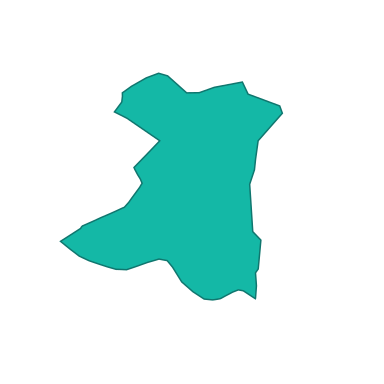 Um Dukhun, Central Darfur, Sudan (Albers equal-area conic projection), rotated 40°
{"feature_id": "16777658B96624341658613", "entity_name": "Um Dukhun", "entity_type": "district", "adm_level": 2, "iso_a3": "SDN", "parent_name": "Sudan", "parent_adm1": "Central Darfur", "projection": "albers", "projection_center": [23.084, 11.374], "detail": "fine", "context": "isolated", "style": "filled", "palette": "teal", "viewbox_px": 384, "rotation_deg": 40, "n_neighbors": 0, "source": "geoboundaries", "source_scale": "gbopen_adm2", "svg_char_len": 1340}
<svg xmlns="http://www.w3.org/2000/svg" viewBox="0 0 384 384"><g transform="rotate(40 192 192)"><path d="M74.9,160.8L77.2,163.4L80.3,168.1L80.4,168.6L81.1,180.5L88.3,178.8L94.8,177.3L134.2,173.5L134.4,173.5L132.9,196.1L132.8,197.0L131.8,210.5L133.8,211.5L139.3,213.7L143.9,215.2L148.2,217.4L148.4,219.2L148.9,221.9L149.8,235.7L150.2,240.5L150.0,247.2L149.0,249.1L146.1,255.3L143.3,261.1L138.7,270.2L134.7,278.7L129.9,288.4L129.8,289.9L130.1,291.6L129.9,292.1L123.0,314.3L123.5,314.3L124.3,314.3L130.3,314.2L136.0,314.1L137.7,314.0L146.9,313.6L157.3,310.8L161.5,309.2L168.4,306.5L170.1,305.8L175.1,303.8L183.4,300.1L186.7,297.5L191.8,293.6L195.3,287.9L198.3,282.9L200.2,279.6L201.2,277.9L203.5,274.0L204.3,272.9L205.3,271.4L207.7,267.8L209.8,264.6L217.1,260.5L225.5,262.1L242.0,267.5L248.0,267.6L256.8,267.8L270.1,266.2L276.7,261.7L277.5,261.0L278.7,259.7L280.7,257.4L282.1,255.7L282.6,254.7L284.5,249.8L286.3,245.5L287.4,242.7L288.0,241.6L290.4,237.2L294.8,234.7L306.0,233.4L309.1,233.0L308.9,232.5L305.0,227.1L301.7,222.5L292.6,213.1L292.2,208.4L275.7,184.6L264.0,183.3L248.7,167.3L231.2,149.0L225.6,134.9L219.4,125.7L209.7,110.2L210.6,73.6L203.9,69.7L172.1,81.0L159.9,75.4L141.8,97.5L133.7,111.3L124.2,119.5L98.7,118.7L90.1,122.5L83.6,134.0L77.7,149.9L75.5,158.6L74.9,160.8Z" fill="#14b8a6" stroke="#0f766e" stroke-width="1.5"/></g></svg>